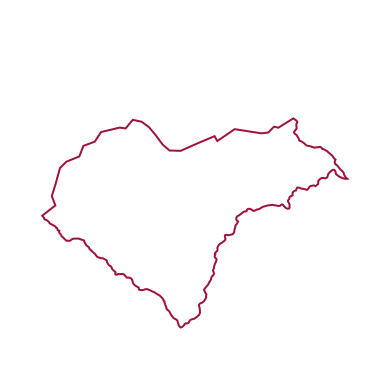 outline of Meghri, Syunik, Armenia, rotated 323°
{"feature_id": "60910142B6096064570676", "entity_name": "Meghri", "entity_type": "district", "adm_level": 2, "iso_a3": "ARM", "parent_name": "Armenia", "parent_adm1": "Syunik", "projection": "mercator", "projection_center": [46.294, 38.98], "detail": "fine", "context": "isolated", "style": "outline", "palette": "rose", "viewbox_px": 384, "rotation_deg": 323, "n_neighbors": 0, "source": "geoboundaries", "source_scale": "gbopen_adm2", "svg_char_len": 6040}
<svg xmlns="http://www.w3.org/2000/svg" viewBox="0 0 384 384"><g transform="rotate(323 192 192)"><path d="M317.2,194.2L299.6,192.6L296.9,189.2L288.7,190.4L282.7,186.9L263.9,167.5L242.9,166.5L243.6,161.0L226.7,156.7L207.7,152.3L199.0,145.3L197.1,136.4L197.2,124.8L196.7,114.6L194.1,105.6L188.1,98.7L177.2,101.3L173.1,97.1L155.5,89.4L144.6,93.3L133.1,89.8L123.4,95.8L109.9,92.2L101.0,93.4L87.9,103.5L77.6,110.9L74.8,120.5L58.1,120.8L58.2,122.1L58.2,122.9L58.2,124.0L57.8,125.0L58.8,126.6L59.2,127.6L59.5,128.7L59.7,129.9L59.5,130.5L59.6,131.6L60.0,132.6L60.3,133.1L60.8,134.3L61.2,135.2L62.1,137.2L62.0,138.6L62.5,139.8L61.8,141.7L62.1,142.6L62.7,143.1L61.7,144.1L61.5,145.1L61.7,147.4L61.2,148.8L61.8,151.1L61.9,152.7L62.4,155.4L63.7,156.2L64.6,157.1L65.4,157.6L66.3,157.5L67.6,157.5L69.2,157.9L71.5,159.5L73.6,161.2L75.8,164.6L76.6,165.7L76.6,166.1L75.9,167.1L75.7,168.9L75.7,170.1L75.5,171.1L75.8,172.2L76.2,173.3L76.4,174.2L76.0,175.2L75.9,176.4L76.4,177.8L76.2,178.8L76.6,179.8L76.8,181.2L77.2,182.6L77.3,184.0L77.2,185.2L77.2,186.3L77.4,187.2L78.1,188.0L79.4,190.1L80.9,191.2L81.3,191.9L81.8,193.2L82.6,194.8L82.6,195.6L81.9,196.8L81.6,199.6L81.8,201.0L82.0,201.7L82.5,202.5L82.4,203.8L81.9,205.3L82.0,206.7L82.7,210.1L81.8,210.8L81.3,211.4L81.4,212.2L81.9,212.6L82.6,212.9L83.2,212.9L83.8,213.2L84.6,213.9L85.4,214.5L86.2,215.0L87.0,215.5L87.8,216.3L88.0,217.0L88.2,218.2L88.3,219.9L88.5,221.3L89.4,221.8L90.5,222.8L91.3,224.2L91.4,225.0L91.3,226.0L90.8,227.6L90.1,229.0L90.0,230.4L90.2,231.7L90.5,232.9L91.5,235.4L91.9,236.1L90.9,238.1L91.3,238.6L91.7,239.1L92.6,240.0L93.5,240.6L94.4,241.0L95.7,241.4L96.9,242.0L97.7,242.5L98.2,243.3L98.6,244.1L99.1,244.8L99.6,245.6L99.9,246.4L100.2,246.9L100.6,247.8L101.2,248.7L101.8,249.8L102.1,251.1L102.5,251.9L103.9,255.4L104.1,256.3L104.4,258.5L104.4,260.5L104.0,261.3L103.9,261.9L104.3,262.8L103.8,263.3L103.4,263.7L103.3,264.6L103.0,265.3L102.4,267.3L102.2,268.5L101.9,269.0L101.4,269.5L101.5,271.2L101.7,272.1L102.0,273.6L101.8,275.1L101.4,277.0L101.4,278.7L101.3,280.2L101.5,281.9L102.9,284.9L102.9,286.2L102.1,287.6L101.8,289.0L101.1,290.4L101.1,291.9L101.4,293.4L102.7,293.8L104.1,293.8L105.3,293.6L106.5,293.1L107.0,293.0L107.9,293.1L108.8,293.9L109.9,294.3L110.7,294.3L111.7,293.9L112.7,293.5L113.5,293.2L114.5,293.4L115.6,293.7L116.5,294.1L117.6,294.6L121.5,294.6L123.1,294.5L124.3,294.2L125.8,293.1L127.6,290.5L128.5,288.7L129.2,286.8L130.1,286.1L131.1,285.9L132.0,286.0L133.2,286.4L134.8,286.5L135.8,286.4L136.5,286.2L138.0,285.5L139.3,285.1L140.0,284.6L140.4,283.8L141.0,283.2L141.7,282.8L141.8,282.4L142.0,281.5L142.0,280.4L142.3,279.5L142.4,278.5L142.7,277.4L143.5,277.0L147.9,275.9L149.3,275.6L150.6,274.9L151.7,274.3L152.8,274.1L155.1,272.9L156.0,271.9L157.1,271.4L158.1,271.4L159.0,271.2L160.6,270.3L160.8,269.5L161.3,268.3L161.4,267.4L162.1,266.9L163.2,266.4L163.9,265.7L165.3,264.4L166.4,263.6L168.2,262.6L169.2,262.1L170.3,261.2L171.1,260.6L171.3,259.9L171.2,259.4L171.0,258.1L171.3,257.1L171.8,256.6L172.9,256.1L172.9,255.3L173.4,254.8L175.5,254.3L176.7,254.2L177.6,253.6L178.1,252.7L178.7,251.9L179.6,251.2L180.6,250.9L181.8,250.3L182.9,250.3L184.1,250.3L184.7,250.5L185.4,250.6L187.0,250.4L187.9,250.5L189.0,250.4L189.9,250.2L190.3,249.6L190.8,249.0L191.2,248.0L191.5,247.3L192.0,246.7L192.7,246.4L193.5,246.8L194.5,247.8L195.3,248.6L197.1,249.4L198.0,249.7L199.0,250.2L199.8,250.2L200.6,249.8L201.6,249.3L202.5,248.5L203.1,247.8L203.8,247.3L204.9,246.5L205.7,245.7L206.2,245.3L207.2,244.7L208.7,244.4L209.5,244.1L210.7,243.5L211.0,243.4L211.1,242.9L211.0,242.6L210.7,241.8L210.7,241.4L210.9,240.7L211.1,240.0L211.6,239.5L212.7,238.9L213.3,238.7L214.3,238.7L215.1,238.9L215.9,239.0L218.0,238.9L220.9,238.9L222.1,239.1L222.6,239.3L223.1,239.8L223.9,240.0L224.4,240.0L224.9,239.4L225.7,239.2L226.3,239.2L227.1,239.5L228.1,240.3L228.7,241.2L229.1,242.5L229.5,243.7L229.8,244.1L230.6,244.6L231.5,244.6L232.5,244.9L233.2,245.0L234.1,245.6L235.6,246.0L236.3,246.2L238.1,246.2L240.0,246.6L241.0,247.0L244.2,248.2L245.5,248.9L246.2,249.5L247.3,250.0L248.7,250.8L249.4,251.8L250.5,252.8L251.8,254.2L252.4,255.0L253.3,255.7L254.1,256.0L255.3,255.9L256.1,256.0L256.6,256.3L257.1,257.1L256.9,258.0L256.9,258.9L257.4,261.4L258.0,262.5L258.8,263.3L259.8,263.6L260.7,263.1L260.9,262.5L261.5,261.8L262.2,261.2L262.3,260.6L262.7,259.5L262.8,258.8L262.9,257.7L263.2,256.9L264.1,256.4L265.6,256.0L266.2,255.3L267.3,254.7L268.0,254.8L268.7,255.0L269.6,255.1L270.5,255.1L270.8,254.5L271.3,253.9L271.8,253.2L272.5,252.9L274.0,252.7L275.0,252.9L275.8,253.3L276.3,253.2L277.7,252.2L278.4,251.8L279.0,252.0L279.5,252.4L280.2,252.9L280.7,254.0L281.3,255.1L282.1,255.7L283.0,256.6L283.6,257.5L284.6,258.7L284.9,259.3L285.7,259.6L286.4,259.3L287.3,259.2L289.2,258.5L290.4,258.6L291.3,259.1L292.5,259.6L293.4,260.2L294.0,261.5L294.8,261.7L295.6,261.7L296.4,261.5L297.2,261.5L297.8,261.4L298.4,260.5L299.2,259.5L299.8,259.1L300.9,258.9L302.4,258.7L303.7,258.8L304.2,259.1L305.0,259.5L306.7,261.3L307.4,261.6L308.5,261.7L309.8,261.0L311.3,259.8L312.6,259.4L314.0,259.1L315.6,259.0L317.6,259.0L318.8,259.7L319.0,260.5L318.9,261.9L318.5,262.8L317.9,264.0L317.8,264.9L318.2,265.9L319.0,268.9L319.6,269.6L320.2,271.2L321.5,272.7L323.1,274.4L324.0,274.9L323.5,272.7L324.0,269.4L324.5,268.3L324.7,267.1L324.7,266.3L324.5,264.9L324.2,264.1L324.0,262.6L324.0,261.4L324.0,259.9L323.9,258.7L323.9,257.5L323.3,256.5L323.3,255.4L323.9,254.0L325.1,253.1L326.2,252.4L325.8,251.4L325.7,250.6L325.7,248.8L325.9,247.2L325.5,245.6L325.2,244.1L324.7,242.3L324.5,240.6L323.7,239.1L323.2,237.4L322.1,236.3L322.0,234.8L321.7,233.4L321.2,233.0L320.0,232.3L319.2,231.9L318.4,231.3L317.6,230.8L316.7,230.6L316.3,229.8L315.4,228.9L314.4,227.2L313.0,225.5L311.8,224.3L311.2,222.7L311.0,220.9L310.3,218.8L309.8,217.6L309.4,216.6L308.6,215.7L308.9,214.5L309.4,213.3L309.6,211.7L309.8,209.5L309.5,208.3L309.2,207.3L309.2,206.2L309.5,205.5L311.3,204.9L313.8,204.2L314.8,202.7L315.5,201.3L316.4,200.5L317.9,199.8L318.3,199.2L318.3,198.0L318.1,196.9L317.6,195.4L317.2,194.2Z" fill="none" stroke="#9f1239" stroke-width="2"/></g></svg>